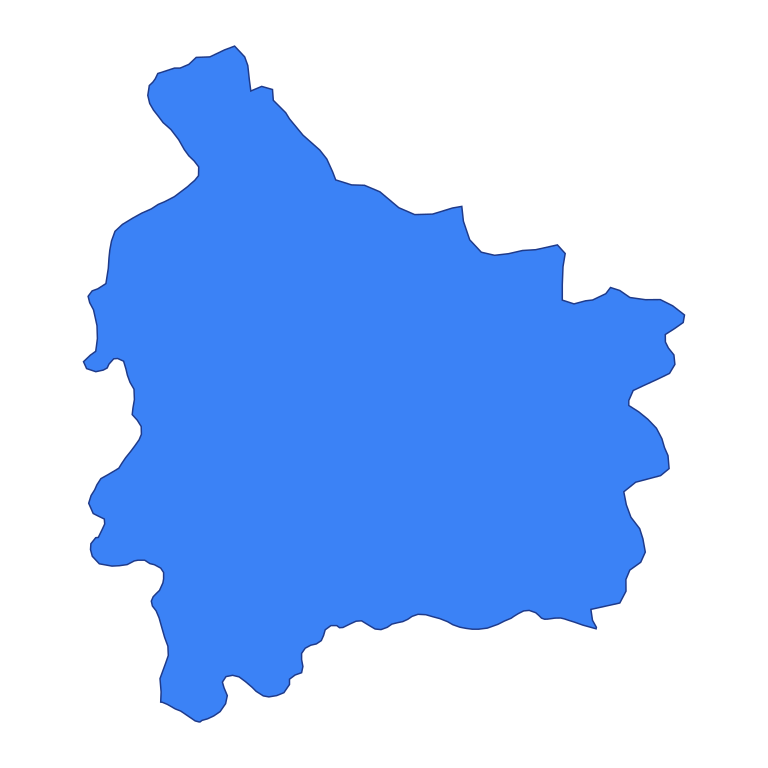 outline of Mstsislaw, Mogilev, Belarus
{"feature_id": "67162791B4778855273895", "entity_name": "Mstsislaw", "entity_type": "district", "adm_level": 2, "iso_a3": "BLR", "parent_name": "Belarus", "parent_adm1": "Mogilev", "projection": "albers", "projection_center": [31.478, 54.024], "detail": "fine", "context": "isolated", "style": "filled", "palette": "blue", "viewbox_px": 768, "rotation_deg": 0, "n_neighbors": 0, "source": "geoboundaries", "source_scale": "gbopen_adm2", "svg_char_len": 3603}
<svg xmlns="http://www.w3.org/2000/svg" viewBox="0 0 768 768"><path d="M596.1,628.8L596.4,627.3L592.5,620.3L590.9,609.4L619.8,603.0L626.0,591.2L625.9,579.5L629.8,570.1L640.7,562.3L645.3,552.1L642.9,538.8L639.7,528.7L630.9,517.2L626.3,504.7L623.8,491.8L635.7,482.2L660.6,475.6L669.1,468.6L668.0,455.6L664.5,447.6L661.9,438.7L656.4,428.2L647.9,419.3L638.8,411.9L628.8,405.5L628.8,400.5L633.2,390.5L642.7,386.0L657.1,379.4L669.5,373.4L674.9,364.4L673.9,354.9L668.4,348.0L665.4,342.0L665.3,334.5L674.7,328.5L683.2,322.5L684.5,315.0L672.7,305.8L660.3,299.6L645.5,299.7L629.9,297.5L619.8,290.5L610.5,287.5L605.8,293.7L592.6,300.0L585.6,300.8L574.0,303.9L562.3,300.1L562.3,284.6L563.0,266.7L565.2,253.5L557.4,244.9L535.7,249.7L522.5,250.5L508.5,253.7L494.6,255.3L481.3,252.2L469.7,239.8L463.4,221.2L461.8,206.4L452.5,208.0L432.6,214.1L414.7,214.6L398.8,207.7L379.9,191.8L364.5,185.3L351.6,184.9L335.7,179.9L332.7,172.0L326.8,159.0L319.8,150.1L303.0,135.2L289.5,118.9L285.7,112.7L273.3,100.3L272.5,89.5L261.7,86.4L250.8,91.0L249.3,79.4L247.8,65.5L244.7,56.9L234.6,46.1L224.5,49.9L209.8,56.9L196.2,57.4L188.8,64.4L180.0,68.1L174.4,68.1L157.8,73.5L155.2,78.9L152.8,82.2L149.3,85.5L147.8,95.4L149.7,103.5L153.5,110.1L158.9,117.0L163.1,122.6L170.9,129.5L178.7,139.7L184.3,149.6L188.8,155.8L194.2,161.0L198.7,166.9L198.5,175.7L194.7,180.4L190.6,183.9L187.8,186.5L181.2,191.5L174.3,196.7L164.4,201.8L158.2,204.4L151.3,208.9L141.8,213.1L133.1,217.9L122.4,224.4L115.0,231.3L111.5,241.0L109.8,250.2L109.0,257.8L108.3,268.4L105.9,283.6L97.8,288.8L92.1,290.9L88.1,296.3L89.7,302.7L93.5,309.8L95.3,317.9L97.0,325.7L97.4,338.5L96.4,346.4L95.7,351.3L90.4,355.1L83.5,361.7L86.6,368.6L95.8,371.7L103.2,370.1L107.2,368.0L108.9,364.2L113.7,358.8L117.7,358.5L123.6,361.2L126.0,369.2L127.4,375.2L130.0,382.3L134.0,389.2L134.4,399.6L133.0,407.7L132.2,414.6L137.2,420.1L141.2,426.5L141.4,434.3L139.1,439.8L134.8,445.9L130.7,451.4L125.7,457.6L121.9,463.2L118.8,468.2L112.8,471.8L108.1,474.6L100.9,478.6L96.9,484.8L94.7,489.8L91.1,495.5L88.7,503.2L88.7,503.3L93.2,513.5L97.9,515.9L104.3,519.0L104.7,524.0L102.1,529.6L98.3,537.4L95.7,537.7L90.9,543.7L90.5,549.6L92.3,556.3L99.3,563.8L112.0,566.1L119.4,565.7L127.2,564.6L134.3,560.9L138.0,560.2L144.7,560.2L149.9,563.6L154.4,564.7L160.7,568.1L163.6,572.5L163.6,578.9L162.9,582.9L159.5,590.4L156.5,593.3L153.2,596.7L151.3,601.1L152.4,606.0L156.1,610.8L159.1,617.9L161.7,627.2L164.6,637.3L167.9,646.2L168.3,655.5L165.7,663.0L162.7,671.2L160.0,678.6L161.1,692.0L160.7,702.1L162.4,702.3L167.4,704.4L175.2,708.9L180.6,711.0L186.5,715.0L192.4,719.0L195.1,720.9L198.9,721.9L200.1,721.9L202.0,720.4L207.6,718.8L213.8,715.9L220.1,711.6L225.6,703.7L227.3,695.6L224.0,687.7L222.4,682.1L226.0,676.6L232.6,675.3L239.1,676.9L245.3,681.5L251.9,687.1L256.1,691.3L263.3,695.9L268.9,696.9L276.7,695.6L283.9,692.7L289.5,684.5L289.5,679.2L295.1,675.0L301.6,672.7L302.9,666.5L301.6,659.6L301.6,653.4L305.2,648.2L310.8,645.2L316.4,643.9L321.3,640.6L323.6,635.4L325.2,629.8L327.8,627.9L330.9,625.6L336.8,625.6L339.5,627.7L342.9,627.5L350.4,623.8L356.1,621.2L361.5,620.8L369.7,625.8L375.1,629.0L381.0,629.6L387.3,627.3L391.9,624.1L397.5,622.7L402.8,621.6L407.8,619.3L412.0,616.4L418.0,614.3L425.8,614.7L432.7,616.7L439.8,618.6L447.6,621.7L452.8,624.7L459.9,627.2L466.2,628.4L472.3,629.2L478.6,629.2L487.4,628.1L498.0,624.3L504.5,621.0L511.2,618.2L513.9,616.3L518.3,613.6L523.7,610.9L529.2,610.4L535.7,612.7L538.8,615.4L541.5,618.1L544.5,619.2L547.6,619.1L552.2,618.5L554.9,618.1L560.6,618.0L564.4,618.9L568.6,620.3L574.6,622.2L582.8,625.1L596.1,628.8Z" fill="#3b82f6" stroke="#1e3a8a" stroke-width="1.5"/></svg>